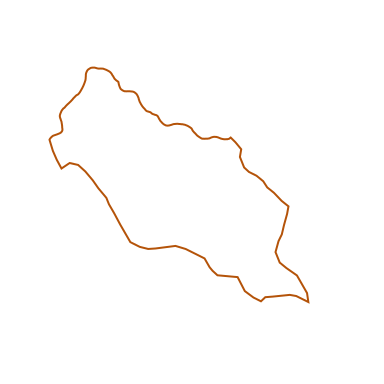 Kyongwon, Hamgyŏng-bukto, North Korea (Mercator projection), rotated 296°
{"feature_id": "82179303B19451054742324", "entity_name": "Kyongwon", "entity_type": "district", "adm_level": 2, "iso_a3": "PRK", "parent_name": "North Korea", "parent_adm1": "Hamgyŏng-bukto", "projection": "mercator", "projection_center": [130.212, 42.718], "detail": "fine", "context": "isolated", "style": "outline", "palette": "amber", "viewbox_px": 384, "rotation_deg": 296, "n_neighbors": 0, "source": "geoboundaries", "source_scale": "gbopen_adm2", "svg_char_len": 5879}
<svg xmlns="http://www.w3.org/2000/svg" viewBox="0 0 384 384"><g transform="rotate(296 192 192)"><path d="M144.1,344.8L151.6,339.7L163.0,322.9L165.0,310.3L167.0,301.8L174.6,293.4L185.8,291.3L193.3,291.3L202.6,289.2L213.9,287.1L221.4,285.0L223.3,276.5L227.2,266.0L229.1,257.6L232.9,251.3L234.9,242.8L235.0,234.4L236.9,228.1L244.5,219.7L252.0,217.5L255.8,209.1L257.9,202.9L257.3,202.6L256.8,202.4L256.4,202.2L256.0,201.9L255.8,201.7L255.3,201.0L254.9,200.6L254.7,200.2L254.6,199.8L254.1,199.0L253.8,198.5L253.6,198.0L253.5,197.6L253.3,197.2L253.2,196.7L253.0,196.2L252.9,195.8L252.9,195.4L252.7,194.8L252.6,193.2L252.5,191.7L252.5,191.2L252.3,190.7L252.3,190.2L252.2,189.8L252.0,189.4L251.8,188.9L251.7,188.5L251.5,188.1L251.2,187.6L251.0,187.2L250.7,186.8L250.4,186.5L250.1,186.1L249.3,185.3L248.9,185.0L248.5,184.7L247.6,183.9L247.4,183.5L247.1,183.1L246.8,182.7L246.3,181.6L245.9,181.0L245.8,180.6L245.6,180.3L245.1,179.5L245.0,179.1L244.7,178.4L244.5,178.1L244.4,177.7L244.3,177.3L244.3,177.1L244.4,176.1L244.5,175.3L244.5,174.8L244.6,174.3L244.7,173.8L244.7,173.6L244.8,173.2L244.8,172.9L244.9,172.4L245.0,172.0L245.1,171.7L245.2,171.3L245.4,170.9L245.6,170.6L245.7,170.2L245.8,169.8L246.0,169.4L246.2,169.0L246.3,168.6L246.4,168.1L246.6,167.6L246.8,167.3L246.9,167.0L247.2,166.2L247.4,165.9L247.6,165.5L247.8,165.2L248.2,164.8L248.4,164.5L248.7,164.0L248.9,163.7L249.0,163.4L249.1,162.8L249.2,162.3L249.3,161.6L249.4,161.0L249.4,160.3L249.5,159.8L249.5,159.2L249.5,158.1L249.4,157.7L249.4,156.7L249.3,156.1L249.2,155.6L249.0,155.0L248.8,154.0L248.5,153.2L248.3,152.9L248.2,152.5L248.0,152.0L247.8,151.3L247.4,150.4L247.2,149.7L246.9,149.0L246.6,148.4L246.3,147.9L245.1,145.9L244.8,145.5L244.1,144.8L243.7,144.4L243.0,143.7L242.7,143.3L242.4,143.0L242.0,142.5L241.7,142.2L241.5,141.8L241.3,141.5L241.0,141.1L240.8,140.6L240.5,139.7L240.4,139.4L240.4,139.0L240.4,138.4L240.4,138.0L240.4,137.5L240.5,137.0L240.6,136.4L240.9,135.3L241.1,134.9L241.2,134.4L241.5,133.9L241.7,133.2L241.9,132.7L242.4,131.8L242.8,131.3L243.0,130.9L243.3,130.5L243.5,130.1L243.8,129.8L244.1,129.4L244.3,129.1L244.6,128.7L244.9,128.3L245.1,127.9L245.3,127.5L245.4,126.6L245.4,126.1L245.4,125.7L245.2,125.2L245.1,124.6L245.1,124.1L245.0,123.3L244.9,122.9L244.9,122.3L244.9,121.6L245.0,121.4L245.1,121.0L245.2,120.6L245.4,120.0L245.4,119.6L245.4,119.1L245.2,118.3L245.2,117.8L245.1,117.4L245.0,116.9L244.9,116.4L244.9,116.0L245.0,115.2L245.1,114.7L245.3,114.4L245.5,113.9L245.8,113.3L246.1,112.6L246.3,112.0L246.5,111.4L246.8,110.8L247.0,110.3L247.6,109.2L248.0,108.6L248.3,108.1L248.6,107.6L249.0,107.1L249.2,106.8L249.5,106.4L249.8,106.0L250.1,105.5L250.4,105.2L250.7,104.9L251.1,104.5L251.5,104.1L252.3,103.3L252.8,103.0L253.2,102.6L253.5,102.2L254.1,101.6L254.3,101.3L254.9,100.6L255.1,100.2L255.6,99.4L255.8,99.1L256.0,98.3L256.1,97.9L256.2,97.5L256.3,97.1L256.4,96.6L256.4,96.1L256.4,95.7L256.3,94.9L256.2,94.5L256.0,94.0L255.4,92.3L255.1,91.6L254.8,91.0L254.5,90.4L254.2,89.7L253.9,89.2L253.6,88.6L253.4,88.1L253.1,87.5L253.0,87.2L252.9,86.6L252.9,86.1L252.9,85.5L252.9,85.0L253.1,83.9L253.2,83.4L253.3,82.9L253.5,82.5L253.8,82.1L254.2,81.6L254.8,80.9L255.5,80.2L256.0,79.7L256.4,79.3L258.2,77.9L258.7,77.5L258.8,77.1L258.9,76.4L259.0,75.8L259.1,75.2L259.2,74.7L259.4,74.1L259.6,73.6L259.8,72.8L260.1,72.4L260.4,71.9L261.1,70.9L261.5,70.4L261.8,69.7L262.1,69.2L262.9,68.1L263.4,67.1L263.7,66.5L263.9,65.7L264.1,64.9L264.1,64.4L264.2,63.0L264.2,61.8L264.2,61.1L264.1,60.5L264.1,59.9L264.0,59.3L263.9,58.1L263.7,57.6L263.4,56.8L263.1,56.3L262.9,55.8L262.7,55.3L262.5,55.0L262.3,54.6L262.1,54.2L261.9,53.8L261.8,53.4L261.7,53.1L261.6,52.7L261.5,52.2L261.4,51.4L261.3,51.0L261.2,50.4L261.1,50.0L261.0,49.7L260.8,49.4L260.6,48.9L260.4,48.5L260.2,48.2L260.1,47.9L259.6,47.2L259.3,46.8L259.0,46.5L258.1,45.9L257.7,45.7L257.0,45.2L256.7,45.1L256.4,44.9L256.0,44.8L255.6,44.7L255.0,44.6L254.7,44.6L254.0,44.6L253.7,44.6L252.8,44.7L252.4,44.7L251.7,44.9L250.8,45.2L250.4,45.4L250.0,45.6L249.5,45.8L249.1,46.0L248.7,46.1L247.6,46.6L247.1,46.8L246.4,47.0L246.0,47.1L245.5,47.3L244.9,47.3L244.2,47.4L243.7,47.5L242.6,47.6L241.6,47.7L241.0,47.7L240.4,47.8L239.6,47.8L239.0,47.8L238.3,47.8L237.3,47.8L236.9,47.8L235.8,47.7L235.3,47.7L234.1,47.6L233.6,47.6L233.2,47.5L232.6,47.5L231.6,47.3L231.2,47.2L230.8,47.1L230.4,47.0L230.0,46.9L229.6,46.7L229.0,46.3L228.7,46.0L228.3,45.8L228.0,45.6L227.2,45.3L226.4,45.1L226.0,44.9L225.6,44.8L224.7,44.5L224.2,44.3L223.6,44.2L223.4,44.1L223.0,44.1L222.0,43.8L221.5,43.6L221.0,43.5L220.1,43.2L218.8,42.7L217.9,42.4L217.4,42.2L216.8,41.9L216.3,41.8L215.8,41.5L215.3,41.4L214.5,41.1L214.1,41.0L213.8,40.9L213.4,40.8L213.0,40.7L212.1,40.5L211.4,40.2L210.8,39.8L210.4,39.7L210.0,39.6L209.5,39.5L209.2,39.4L208.7,39.3L207.8,39.2L207.2,39.2L205.7,39.3L205.2,39.3L204.8,39.3L204.3,39.4L203.9,39.5L203.6,39.5L203.2,39.6L202.9,39.7L202.5,39.8L202.1,40.0L201.9,40.2L201.5,40.4L201.1,40.8L200.7,41.1L200.4,41.4L200.0,41.9L199.5,42.3L199.1,42.7L198.6,43.2L198.3,43.6L197.8,44.0L197.4,44.3L196.9,44.6L196.5,44.9L195.7,45.5L195.3,45.7L194.9,46.0L194.5,46.3L193.7,46.7L193.0,47.1L192.7,47.3L192.3,47.6L191.8,47.9L191.4,48.1L191.1,48.3L190.8,48.4L190.1,48.5L189.8,48.5L189.3,48.5L189.0,48.4L188.6,48.3L188.3,48.2L187.9,48.1L187.6,47.8L187.1,47.6L186.7,47.3L186.3,46.9L185.9,46.6L185.5,46.2L184.7,45.5L184.3,45.1L183.9,44.7L183.6,44.4L183.3,44.1L182.3,43.1L181.9,42.7L181.5,42.4L181.2,42.2L180.7,42.0L180.3,41.8L179.7,41.6L179.3,41.4L178.4,41.2L177.3,41.0L176.5,41.0L168.0,48.9L161.7,56.3L155.9,64.4L164.4,69.3L166.4,77.8L163.7,87.1L159.0,97.7L154.3,106.2L149.2,117.6L144.6,122.7L138.9,131.2L131.3,141.7L119.9,158.6L119.8,169.2L121.6,177.6L125.2,183.9L136.3,200.8L138.0,211.3L137.8,232.4L132.1,240.8L130.2,245.0L128.3,251.4L135.5,270.3L126.1,282.9L124.1,293.5L124.0,301.9L129.6,304.0L133.3,310.3L142.4,325.0L144.2,331.3L144.1,344.8Z" fill="none" stroke="#b45309" stroke-width="2"/></g></svg>